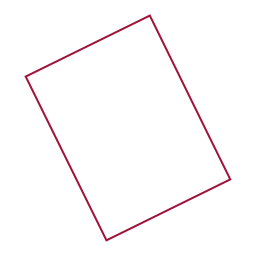 the district of Wapello, Iowa, United States of America, rotated 244°
{"feature_id": "52423323B35986324347111", "entity_name": "Wapello", "entity_type": "district", "adm_level": 2, "iso_a3": "USA", "parent_name": "United States of America", "parent_adm1": "Iowa", "projection": "mercator", "projection_center": [-92.439, 41.031], "detail": "fine", "context": "isolated", "style": "outline", "palette": "rose", "viewbox_px": 256, "rotation_deg": 244, "n_neighbors": 0, "source": "geoboundaries", "source_scale": "gbopen_adm2", "svg_char_len": 253}
<svg xmlns="http://www.w3.org/2000/svg" viewBox="0 0 256 256"><g transform="rotate(244 128 128)"><path d="M36.5,59.4L37.0,197.4L82.4,197.2L219.5,196.9L219.1,58.6L173.1,58.8L127.8,59.0L36.5,59.4Z" fill="none" stroke="#9f1239" stroke-width="2"/></g></svg>